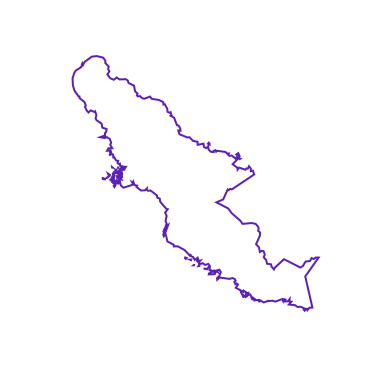 Kandrian/Gloucester District, West New Britain, Papua New Guinea, rotated 35°
{"feature_id": "67681753B75341820849490", "entity_name": "Kandrian/Gloucester District", "entity_type": "district", "adm_level": 2, "iso_a3": "PNG", "parent_name": "Papua New Guinea", "parent_adm1": "West New Britain", "projection": "albers", "projection_center": [149.495, -5.876], "detail": "fine", "context": "isolated", "style": "outline", "palette": "violet", "viewbox_px": 384, "rotation_deg": 35, "n_neighbors": 0, "source": "geoboundaries", "source_scale": "gbopen_adm2", "svg_char_len": 6142}
<svg xmlns="http://www.w3.org/2000/svg" viewBox="0 0 384 384"><g transform="rotate(35 192 192)"><path d="M232.9,141.9L229.4,139.6L228.2,141.2L226.7,139.1L223.9,138.2L224.3,140.9L223.0,141.6L223.0,143.1L216.6,145.0L216.5,147.5L215.3,146.1L209.3,145.9L210.8,137.2L210.5,135.4L207.6,133.6L206.8,135.7L208.5,135.5L208.6,139.7L203.7,139.3L202.0,140.8L200.3,140.8L200.1,139.3L198.4,140.5L196.5,140.0L188.7,144.0L188.6,145.1L187.1,144.4L186.0,146.1L186.8,146.9L184.4,148.2L181.4,147.8L179.0,145.3L178.6,147.8L176.1,148.3L173.7,145.8L169.6,150.1L167.7,147.7L163.6,149.5L158.5,148.6L156.8,150.0L148.6,151.9L145.5,149.5L147.5,148.4L145.8,146.6L142.7,145.3L141.5,146.0L134.7,141.4L130.8,141.8L131.2,140.9L128.7,138.9L128.1,140.0L125.9,140.3L124.1,138.1L119.4,135.7L118.4,136.7L116.8,134.8L111.9,135.7L105.5,138.8L102.9,137.9L99.4,143.0L97.1,143.7L94.3,143.3L92.7,144.8L91.4,144.4L91.0,142.6L87.6,142.2L83.5,138.1L77.5,139.1L75.4,137.5L73.0,137.6L68.0,141.4L64.6,141.4L63.6,144.9L59.8,145.7L55.3,144.3L55.1,140.5L52.9,139.5L51.8,137.0L46.9,136.0L45.8,134.2L42.2,132.9L36.0,135.3L32.3,138.6L29.4,147.1L29.9,150.4L28.4,149.5L29.6,153.3L27.1,159.2L27.3,162.0L28.9,167.3L33.4,173.1L37.7,176.4L44.2,178.8L45.0,178.3L46.2,179.6L52.2,180.0L55.4,182.0L55.4,183.6L59.2,185.7L61.6,186.2L62.2,183.3L66.1,182.4L66.4,181.5L69.7,184.0L70.8,187.0L72.7,188.0L78.7,187.8L81.6,190.7L85.9,189.4L87.2,191.7L86.9,193.7L88.3,195.5L85.3,199.8L89.2,198.1L89.1,196.0L90.4,196.7L90.9,195.9L94.1,195.7L97.5,197.9L97.9,200.2L101.5,201.9L98.5,204.1L98.8,206.9L101.4,204.6L104.3,207.0L105.9,206.6L107.7,208.8L108.3,208.1L111.7,209.7L113.7,208.9L114.3,210.9L116.0,211.1L116.7,210.1L118.1,211.7L120.2,210.9L120.5,212.2L119.4,213.1L121.7,212.6L121.9,210.3L123.4,209.3L123.7,212.8L121.2,214.3L122.3,215.3L120.1,214.8L120.0,216.7L120.7,217.6L122.8,216.8L124.3,217.6L126.3,220.0L125.5,221.8L127.1,222.3L124.3,223.5L127.2,224.8L126.0,227.1L124.8,227.3L125.1,226.0L123.4,225.6L124.3,229.1L128.4,226.1L130.1,227.5L133.4,227.8L138.5,221.1L139.0,219.0L137.4,218.3L138.4,218.2L138.1,217.3L139.6,218.3L139.8,219.6L143.4,218.3L143.6,219.7L149.5,220.0L152.6,217.5L153.0,215.1L153.5,216.1L155.4,216.2L157.1,214.6L165.1,214.9L166.7,216.5L169.4,215.9L171.5,218.2L180.5,220.5L182.0,220.0L181.8,224.3L185.0,226.2L187.0,231.0L189.3,232.3L190.4,236.2L191.4,232.8L193.5,240.7L200.3,246.6L207.3,245.7L208.3,247.0L211.5,244.7L219.3,243.8L226.6,245.3L226.7,243.6L227.4,245.3L230.3,244.6L233.2,246.1L234.3,242.6L237.3,244.6L238.1,243.6L237.8,245.7L239.4,247.2L241.5,244.2L244.6,244.2L246.6,241.6L249.1,242.4L248.7,243.8L249.8,243.5L251.5,246.0L253.2,245.5L253.2,244.1L254.1,246.4L252.6,249.0L253.0,249.9L257.8,246.2L257.4,244.9L255.4,245.0L255.3,243.5L259.1,242.9L257.4,242.0L258.9,240.0L261.6,241.0L262.6,245.5L264.1,246.0L272.5,241.7L274.6,239.2L277.0,238.8L278.6,239.6L278.2,241.3L280.4,242.6L281.0,241.3L282.7,241.4L282.8,245.3L291.5,244.4L290.9,243.2L293.9,243.1L294.4,244.1L296.0,242.2L296.8,243.2L295.4,244.4L296.1,245.4L298.4,242.5L300.8,243.7L306.8,243.7L309.1,241.7L314.1,241.3L317.3,236.8L317.1,237.7L320.2,234.9L323.2,233.9L327.4,227.9L329.4,229.2L328.9,227.0L330.3,226.4L331.0,228.3L333.4,226.4L333.4,223.8L334.6,225.8L336.3,224.9L335.9,228.6L341.4,225.6L344.3,225.7L346.9,223.6L351.6,222.8L351.0,224.2L352.3,224.6L352.7,222.2L353.6,221.5L354.3,222.3L354.6,219.5L356.9,217.6L333.2,196.2L333.3,173.1L330.9,174.7L330.2,177.1L327.9,177.5L328.2,180.8L324.9,183.9L325.3,189.0L324.1,191.7L305.9,194.3L303.3,206.3L303.6,208.4L299.9,207.5L298.3,205.9L294.6,207.7L291.9,205.3L288.2,204.3L287.5,201.5L284.6,199.4L283.1,200.0L282.0,202.2L278.6,198.9L274.4,198.0L272.7,188.8L270.9,186.1L268.4,185.8L267.3,183.3L265.4,182.3L262.4,181.6L258.7,183.2L251.7,189.1L248.1,187.8L236.6,186.6L231.1,184.7L217.9,186.5L221.8,180.2L219.8,169.5L221.0,169.5L221.4,167.6L223.1,167.1L232.9,141.9ZM122.7,217.9L120.4,218.0L120.3,219.1L121.4,218.6L123.6,220.1L124.8,219.5L122.7,217.9ZM115.0,225.0L112.6,225.1L114.8,226.4L113.9,230.0L115.3,226.0L115.0,225.0ZM263.0,249.4L263.5,246.9L262.3,246.3L261.9,248.2L263.0,249.4ZM245.4,248.2L249.0,246.4L248.8,245.9L245.4,248.2ZM302.7,245.3L303.6,244.6L303.0,244.1L300.5,243.9L302.7,245.3ZM194.2,244.3L194.1,242.9L192.6,241.6L192.8,243.3L194.2,244.3ZM125.6,232.4L125.5,230.6L124.7,230.2L124.3,231.8L125.6,232.4ZM121.9,220.9L121.3,222.1L122.1,222.8L123.0,221.3L121.9,220.9ZM120.1,225.4L119.3,223.5L118.2,224.2L120.1,225.4ZM103.4,207.5L101.8,205.4L101.2,205.9L103.4,207.5ZM122.4,227.8L120.8,226.4L119.9,225.9L121.3,228.2L122.4,227.8ZM113.4,231.7L113.4,230.7L112.0,231.9L110.2,231.4L111.6,232.5L113.4,231.7ZM177.4,142.0L177.4,143.3L179.2,143.1L178.5,142.2L177.4,142.0ZM225.2,250.4L225.5,249.1L224.0,249.5L224.2,250.3L225.2,250.4ZM123.3,230.1L121.0,228.8L120.8,229.6L123.3,230.1ZM296.7,246.1L295.4,246.1L294.7,247.0L296.2,247.3L296.7,246.1ZM191.6,239.2L191.8,237.9L190.8,237.5L190.6,238.8L191.6,239.2ZM192.2,241.4L192.7,240.5L191.5,239.7L191.2,240.8L192.2,241.4ZM119.0,228.0L119.8,227.3L118.6,227.6L118.8,228.9L120.4,227.8L119.0,228.0ZM116.7,217.9L118.4,217.9L117.3,217.0L116.7,217.9ZM125.0,221.2L125.8,220.1L125.7,219.7L124.0,220.5L125.0,221.2ZM118.1,220.6L116.9,219.9L116.5,220.8L117.0,221.1L118.1,220.6ZM293.0,247.0L290.5,246.7L293.2,247.4L293.0,247.0ZM104.0,208.0L102.5,208.6L103.7,208.7L104.0,208.0ZM124.4,222.8L125.1,222.1L124.7,221.5L123.8,222.2L124.4,222.8ZM118.3,227.1L119.1,226.2L118.0,225.4L118.3,227.1ZM117.6,223.2L118.2,222.3L117.9,221.9L116.9,222.5L117.6,223.2ZM237.0,245.8L236.8,244.9L235.5,245.3L235.9,245.7L237.0,245.8ZM235.3,251.1L236.3,250.4L235.5,250.5L235.3,251.1ZM293.8,248.5L295.1,248.3L293.5,247.9L293.8,248.5ZM229.2,248.6L230.3,248.4L230.1,247.8L229.2,248.6ZM116.7,214.8L117.9,214.6L117.6,214.2L116.7,214.8ZM290.0,246.2L289.4,245.0L288.9,244.9L289.1,245.7L290.0,246.2ZM240.5,248.4L239.9,247.5L239.8,249.0L240.5,248.4ZM309.7,243.2L310.9,242.6L309.4,243.0L309.7,243.2ZM119.0,219.9L119.7,219.6L119.1,218.9L119.0,219.9ZM212.5,137.0L211.5,137.3L212.3,137.6L212.5,137.0ZM112.6,217.8L113.2,217.5L112.2,217.4L112.6,217.8ZM303.2,245.1L304.5,244.9L304.7,244.7L303.2,245.1ZM305.5,245.0L306.3,244.5L305.3,244.7L305.5,245.0Z" fill="none" stroke="#5b21b6" stroke-width="2"/></g></svg>